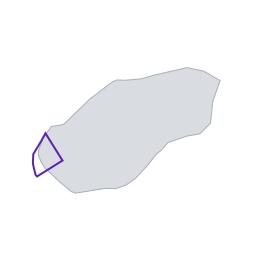 97, Ar Rayyān, Qatar (highlighted), rotated 58°
{"feature_id": "91078587B85294401922232", "entity_name": "97", "entity_type": "district", "adm_level": 2, "iso_a3": "QAT", "parent_name": "Qatar", "parent_adm1": "Ar Rayyān", "projection": "albers", "projection_center": [50.974, 24.595], "detail": "fine", "context": "in_parent", "style": "outline", "palette": "violet", "viewbox_px": 256, "rotation_deg": 58, "n_neighbors": 0, "source": "geoboundaries", "source_scale": "gbopen_adm2", "svg_char_len": 1138}
<svg xmlns="http://www.w3.org/2000/svg" viewBox="0 0 256 256"><g transform="rotate(58 128 128)"><path d="M137.7,214.4L127.6,217.0L118.2,219.7L110.3,219.6L104.0,218.5L99.8,215.9L91.7,205.6L86.0,192.1L89.5,184.6L90.7,179.9L83.1,144.5L80.6,117.3L81.5,111.7L85.9,105.3L93.2,91.1L97.1,77.5L108.1,45.9L119.7,33.8L136.6,24.8L150.6,42.2L167.7,55.5L171.0,70.4L166.0,82.5L161.5,101.8L164.3,110.7L165.3,118.4L170.0,131.2L174.6,148.0L175.4,159.6L173.0,170.4L167.1,179.5L155.5,206.9L152.0,209.7L137.7,214.4Z" fill="#d9dde1" stroke="#a8b0b8" stroke-width="1"/><path d="M88.7,200.8L88.8,201.0L89.5,202.2L90.3,203.5L91.1,205.0L91.9,206.5L92.8,208.0L93.7,209.7L94.4,211.2L95.2,212.6L96.0,214.2L96.8,215.9L97.7,217.6L98.5,219.2L99.3,220.8L99.8,221.9L100.4,222.5L102.2,223.6L102.4,223.9L102.9,224.2L103.7,224.7L104.3,225.1L104.8,225.5L105.2,225.8L105.8,226.2L106.7,226.8L107.2,227.1L107.6,227.3L108.1,227.5L109.2,228.0L110.5,228.5L111.5,228.8L112.3,229.1L113.6,229.5L115.8,230.3L116.5,230.5L117.2,230.7L118.1,231.0L118.8,231.2L120.3,230.9L120.5,230.9L120.9,230.8L120.9,217.6L120.9,200.8L88.7,200.8Z" fill="none" stroke="#5b21b6" stroke-width="2"/></g></svg>